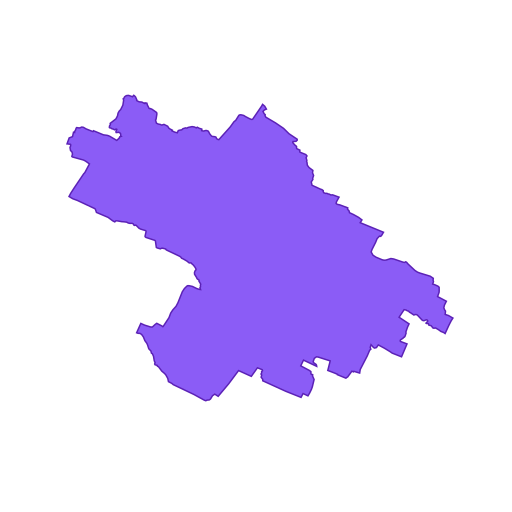 Kota Blitar, Jawa Timur, Indonesia, rotated 279°
{"feature_id": "22746128B15123001204790", "entity_name": "Kota Blitar", "entity_type": "district", "adm_level": 2, "iso_a3": "IDN", "parent_name": "Indonesia", "parent_adm1": "Jawa Timur", "projection": "robinson", "projection_center": [112.17, -8.096], "detail": "fine", "context": "isolated", "style": "filled", "palette": "violet", "viewbox_px": 512, "rotation_deg": 279, "n_neighbors": 0, "source": "geoboundaries", "source_scale": "gbopen_adm2", "svg_char_len": 6105}
<svg xmlns="http://www.w3.org/2000/svg" viewBox="0 0 512 512"><g transform="rotate(279 256 256)"><path d="M337.2,51.8L337.3,55.3L337.1,55.5L335.8,55.7L334.2,55.3L333.5,55.5L331.2,56.3L330.0,57.9L329.1,58.4L327.8,58.8L325.6,58.5L325.1,59.1L323.8,70.6L323.1,72.7L320.9,77.1L311.6,73.9L310.1,72.9L295.1,65.9L289.0,63.2L285.5,62.0L283.9,66.0L282.9,71.0L277.6,89.3L277.1,90.0L274.1,91.6L271.0,103.9L268.3,109.0L267.6,111.2L268.4,111.7L268.9,112.4L269.0,113.9L268.9,118.1L269.1,120.1L269.2,123.0L268.6,124.6L268.5,126.3L268.9,128.6L268.4,129.9L267.3,130.7L267.2,131.3L267.7,132.4L267.5,132.9L265.1,136.1L264.5,137.9L263.8,143.0L263.6,143.3L262.8,143.6L258.1,143.3L257.5,143.7L257.1,144.5L255.6,153.7L255.1,154.3L248.9,156.2L248.5,157.1L248.1,160.4L248.8,161.3L249.1,162.6L248.8,165.7L248.2,166.1L247.8,167.0L243.7,180.9L243.0,182.1L242.2,182.8L241.7,184.6L240.2,188.5L238.7,191.1L239.0,192.7L238.8,193.4L238.3,193.8L237.5,195.2L236.0,196.9L234.2,198.5L233.0,198.9L231.7,198.1L229.9,197.8L228.3,198.2L225.2,200.9L224.5,201.2L223.8,202.2L223.8,202.7L223.2,203.5L222.2,203.6L219.6,205.8L218.3,205.7L216.8,206.0L215.9,205.6L214.2,206.5L214.2,204.9L214.6,202.5L216.0,198.0L216.2,194.5L216.0,193.2L215.5,192.5L212.7,190.4L209.1,188.8L197.6,186.2L193.8,184.9L189.8,182.3L186.3,180.7L181.5,179.7L171.8,175.3L171.6,175.1L172.2,174.0L174.0,168.5L172.5,167.0L169.8,164.9L169.5,164.0L169.4,163.1L170.3,156.8L171.4,152.8L161.5,150.1L161.2,151.5L161.4,153.6L160.6,155.3L158.5,157.4L155.0,159.5L152.7,161.8L151.2,162.8L147.6,164.6L145.7,167.1L143.7,167.9L143.3,168.9L142.1,169.7L140.8,170.5L136.6,171.9L134.9,173.0L133.5,172.8L132.8,173.3L132.5,175.5L131.7,175.9L131.4,177.0L127.6,180.9L125.7,184.0L124.5,185.5L121.3,188.0L118.2,189.2L117.0,192.8L116.0,194.4L109.5,216.4L105.5,227.5L105.2,229.1L106.0,230.2L106.5,232.3L107.6,233.4L111.2,234.9L113.1,236.9L111.5,240.6L125.5,249.0L140.1,256.7L136.4,270.2L145.8,274.9L144.7,279.9L143.7,280.4L142.7,279.6L141.5,279.9L140.2,279.4L139.3,280.3L137.1,280.0L135.3,281.9L133.8,282.2L127.0,306.7L123.4,322.6L127.5,324.0L126.0,329.2L128.7,330.3L132.9,331.6L135.5,332.1L143.1,332.7L146.2,330.7L147.7,330.5L147.8,329.2L148.3,328.7L150.4,328.3L151.3,326.7L154.5,317.4L160.6,319.2L156.5,333.2L157.7,332.8L158.4,332.2L159.6,329.7L160.5,329.0L164.0,329.6L165.9,331.5L165.9,333.2L164.0,345.7L154.2,344.8L152.6,352.3L151.9,355.0L151.5,355.0L149.4,363.9L150.4,364.8L150.8,365.4L157.2,368.7L156.8,370.4L157.4,370.7L156.6,376.7L160.2,376.7L174.7,381.5L180.7,383.0L181.9,384.0L183.6,383.1L186.4,383.5L184.0,386.4L183.6,387.5L184.4,389.3L187.3,390.7L185.0,397.3L182.5,403.4L181.4,405.6L179.2,415.5L192.8,418.9L194.2,412.1L194.6,411.7L195.4,411.7L195.9,412.0L197.8,414.1L198.8,414.6L199.1,415.3L200.2,415.8L203.3,416.3L204.4,415.9L209.5,416.8L212.9,417.8L217.9,406.9L226.2,410.7L226.1,412.6L225.5,414.1L225.5,415.0L225.2,415.7L224.5,416.3L224.2,417.3L222.4,421.2L223.1,422.3L223.2,424.0L222.7,424.9L218.6,430.2L218.3,431.3L218.5,432.3L219.5,433.9L219.7,434.7L218.8,435.8L218.2,435.7L216.3,434.4L216.1,434.7L216.0,435.1L216.2,436.9L214.8,437.5L214.5,440.0L212.6,442.0L212.5,442.9L213.0,444.7L211.8,447.7L210.4,450.5L209.8,453.3L209.0,454.9L217.6,457.3L222.5,458.9L225.5,460.2L227.3,455.5L227.9,452.0L231.2,451.8L232.1,450.9L234.2,449.6L237.0,449.8L241.1,451.1L244.3,441.7L248.7,442.5L250.1,442.4L253.7,441.8L254.4,441.0L254.8,440.0L255.6,437.0L255.9,434.9L258.5,435.3L259.7,434.7L261.7,434.6L263.3,431.2L264.8,420.5L265.3,418.1L266.6,415.2L271.9,407.4L273.3,405.8L273.7,404.8L272.9,403.8L272.9,402.3L274.6,392.5L274.6,389.6L272.3,385.0L271.9,383.2L272.0,381.3L273.6,374.7L275.1,371.4L278.0,369.1L280.7,369.6L288.2,372.0L292.1,372.9L294.9,374.8L294.9,376.1L296.3,377.0L299.4,378.2L305.2,353.7L308.2,355.0L310.2,351.3L312.2,345.8L313.4,341.6L315.2,340.8L316.5,339.1L317.9,339.1L319.6,330.9L319.7,328.6L320.1,327.3L320.5,326.9L322.1,327.0L327.1,328.8L328.4,322.1L328.0,320.4L328.6,318.6L328.6,317.4L328.9,316.6L329.0,316.0L328.7,315.2L329.0,313.2L330.0,312.3L331.1,312.2L331.9,310.7L332.1,309.3L334.6,300.3L337.8,299.0L340.5,300.2L341.6,299.8L344.5,300.3L347.0,298.8L349.4,298.8L351.7,294.5L353.7,292.5L356.5,291.7L357.2,291.2L358.4,291.3L360.9,290.1L362.8,290.7L364.0,289.3L365.3,283.7L365.7,282.9L367.4,282.8L368.4,279.5L369.0,279.1L370.3,279.0L370.8,278.6L371.8,276.9L373.7,274.6L374.8,274.6L375.5,277.6L376.9,278.6L377.8,278.4L381.9,269.5L386.4,263.2L390.5,254.5L394.7,243.9L396.2,242.9L397.0,243.0L397.9,241.7L399.9,240.3L401.6,241.5L402.7,243.3L405.3,241.2L406.8,238.8L404.9,238.1L390.6,231.3L390.3,230.8L390.2,229.9L390.7,227.9L392.1,223.7L392.9,221.9L393.1,219.7L393.0,218.2L392.3,217.1L386.9,214.8L385.1,213.2L379.5,210.4L365.1,201.1L365.2,199.9L365.8,198.7L367.1,197.9L367.4,196.8L367.3,194.0L367.5,193.3L369.4,191.2L371.8,189.4L372.2,187.8L372.1,186.7L371.2,184.7L371.3,182.7L372.8,182.7L373.1,181.6L373.1,180.5L374.0,177.8L373.2,177.0L373.8,174.9L373.8,172.6L372.4,168.9L371.5,167.7L371.5,166.3L370.3,163.9L369.0,162.9L368.2,160.5L367.7,159.6L365.4,159.0L365.6,156.4L366.5,153.4L367.2,153.6L368.1,151.0L368.6,150.0L370.4,148.4L370.7,147.4L371.6,144.5L370.7,142.7L370.6,142.1L371.0,140.8L371.0,139.0L371.6,136.9L374.6,135.5L375.5,135.9L380.4,135.9L381.7,135.7L382.4,135.0L384.6,130.5L385.1,128.7L384.9,128.4L385.1,127.3L388.0,125.2L389.9,124.3L389.9,122.5L389.3,122.5L389.2,122.0L390.2,119.2L390.0,116.6L390.7,114.1L391.0,113.8L391.5,113.9L394.3,112.1L395.2,110.9L395.6,110.1L394.0,109.1L394.7,105.1L394.3,103.3L393.6,102.2L392.6,101.3L390.5,100.6L390.4,100.3L389.1,100.9L384.1,100.9L379.4,99.4L377.7,98.2L375.5,97.4L372.8,97.3L369.5,96.2L364.2,91.2L363.0,91.6L361.6,91.0L360.4,91.0L359.9,91.1L359.7,91.5L359.7,92.6L359.1,93.8L359.0,95.2L358.5,96.5L359.5,98.0L359.3,98.7L357.0,98.2L356.1,98.5L356.1,99.0L356.7,101.0L356.2,102.5L355.5,103.2L353.5,103.6L353.1,104.2L352.4,102.8L351.0,102.4L348.4,100.4L351.3,93.0L351.7,91.6L351.9,90.1L351.8,86.4L354.3,75.9L353.5,75.7L353.4,75.2L355.0,68.2L356.1,65.4L356.1,63.7L355.0,62.0L354.8,61.1L354.8,58.8L354.2,58.4L352.0,58.0L350.7,57.4L349.6,57.5L349.7,56.4L345.2,56.1L343.4,53.0L337.2,51.8Z" fill="#8b5cf6" stroke="#5b21b6" stroke-width="1.5"/></g></svg>